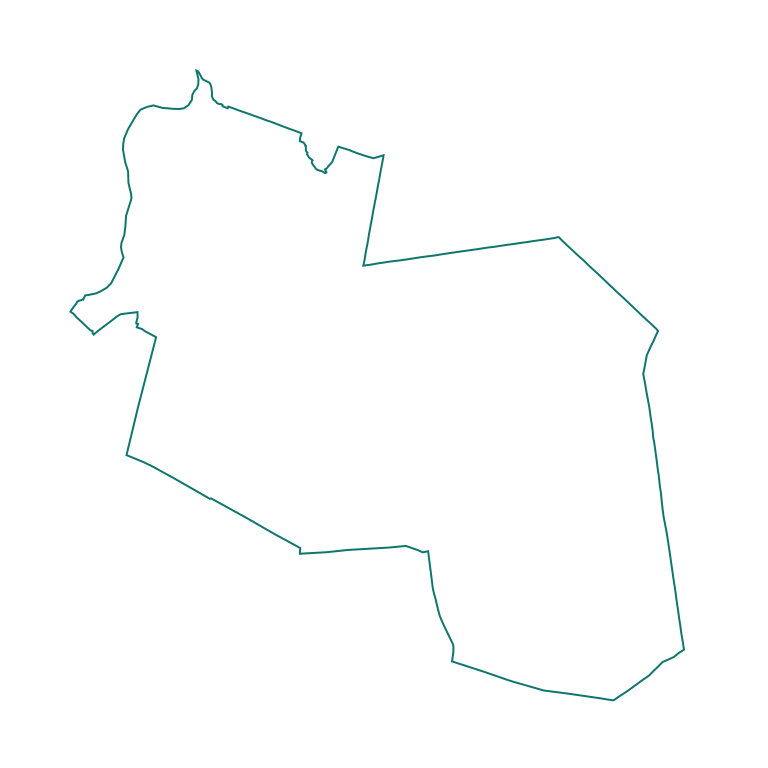 outline of Nadlac, Arad, Romania, rotated 94°
{"feature_id": "2599482B59122351602486", "entity_name": "Nadlac", "entity_type": "district", "adm_level": 2, "iso_a3": "ROU", "parent_name": "Romania", "parent_adm1": "Arad", "projection": "equal_earth", "projection_center": [20.774, 46.211], "detail": "fine", "context": "isolated", "style": "outline", "palette": "teal", "viewbox_px": 768, "rotation_deg": 94, "n_neighbors": 0, "source": "geoboundaries", "source_scale": "gbopen_adm2", "svg_char_len": 4298}
<svg xmlns="http://www.w3.org/2000/svg" viewBox="0 0 768 768"><g transform="rotate(94 384 384)"><path d="M316.4,688.1L318.7,689.2L320.4,689.8L320.2,690.0L321.3,691.4L322.0,693.4L322.2,694.1L323.3,695.9L325.3,696.5L327.7,698.3L331.4,700.6L333.8,701.8L334.6,700.4L335.3,699.0L337.8,696.5L339.0,695.3L343.9,689.1L350.7,680.9L351.6,678.4L353.8,678.2L355.0,677.1L350.9,672.9L345.8,667.1L340.8,661.3L335.0,654.8L332.7,651.4L332.0,647.9L329.5,635.0L334.3,634.4L339.3,635.3L340.8,635.4L341.3,633.6L344.7,634.6L346.1,629.1L348.1,626.0L348.6,624.7L353.2,614.6L425.2,627.9L472.9,635.9L478.8,618.2L482.0,610.1L492.9,586.5L510.7,549.7L510.2,548.5L527.3,511.6L536.2,493.3L541.4,482.6L553.5,456.1L559.2,456.1L559.1,455.5L555.8,429.5L552.0,408.0L549.0,384.5L546.7,366.9L544.0,351.0L547.3,338.8L549.2,333.8L547.8,328.3L579.1,322.1L583.5,321.3L588.6,319.8L594.7,317.6L598.1,316.6L607.5,313.6L611.2,312.3L614.3,310.8L621.6,306.9L631.2,301.4L639.0,296.9L641.5,296.4L647.0,296.1L656.0,296.8L664.1,264.2L670.9,238.9L671.7,235.7L678.6,203.2L680.0,179.3L682.5,145.5L683.1,139.4L683.4,135.6L683.6,133.2L683.3,132.6L678.7,126.9L674.0,120.6L669.8,115.5L665.8,110.8L660.9,105.0L656.4,99.3L651.2,94.9L646.9,91.0L642.0,86.8L639.0,81.1L636.2,75.9L631.7,71.1L628.1,66.2L627.8,66.3L619.7,68.1L611.6,70.1L603.8,71.7L595.8,73.5L588.1,75.1L580.1,76.9L572.2,78.5L564.1,80.3L556.5,82.0L548.1,83.8L540.3,85.5L532.2,87.2L522.4,89.4L514.4,91.2L505.5,93.5L497.4,95.7L489.7,97.3L481.5,98.8L473.7,100.1L465.5,101.9L457.4,103.3L449.7,105.0L441.6,106.6L433.8,108.2L426.1,109.8L423.1,110.5L418.1,111.8L412.0,112.7L403.9,114.4L399.0,115.6L389.2,117.6L381.4,119.6L373.3,121.7L364.8,123.7L360.5,124.9L356.0,126.1L346.5,124.9L337.2,123.9L331.4,121.8L325.7,119.6L321.6,117.9L316.2,116.0L311.9,114.3L309.4,116.9L305.0,122.3L300.9,127.5L296.8,132.6L292.2,138.1L288.3,142.8L284.2,147.8L280.1,152.8L276.5,157.4L272.2,162.6L269.6,165.8L264.0,172.5L258.8,178.8L254.8,183.9L251.5,188.0L247.0,193.2L243.7,197.6L240.2,202.0L237.9,204.7L233.7,210.0L229.5,215.1L225.3,219.9L225.8,222.2L226.4,223.9L227.6,229.2L229.2,236.3L230.6,243.2L232.4,251.1L233.7,257.4L235.3,264.5L236.7,271.5L238.3,278.5L239.9,285.7L240.3,288.4L241.5,293.8L242.9,299.9L244.3,306.6L245.9,313.9L246.4,316.6L247.4,320.9L248.9,328.1L249.4,330.1L250.5,335.1L252.2,342.1L253.5,349.0L255.0,356.3L256.6,363.3L258.2,370.3L259.7,377.3L261.0,384.5L262.6,391.6L264.0,398.0L264.1,398.5L265.9,405.7L267.4,412.9L263.4,412.3L259.1,411.8L254.8,411.5L251.5,411.1L243.6,410.1L235.6,409.4L227.6,408.5L223.9,408.1L221.8,407.8L219.1,407.5L217.0,407.3L212.0,406.8L207.4,406.2L202.2,405.7L199.9,405.2L199.0,405.2L193.8,404.6L187.9,404.0L179.8,403.0L171.8,402.2L163.8,401.2L159.1,400.7L155.8,400.4L158.0,406.0L159.5,410.4L158.0,417.5L156.0,425.5L153.9,432.6L153.1,434.6L151.9,439.9L150.4,446.1L151.6,446.6L156.8,448.2L162.7,450.1L166.4,451.3L170.8,454.8L173.0,456.2L174.0,457.9L176.7,456.2L177.5,456.8L177.7,457.4L177.0,459.1L176.2,460.3L175.8,462.2L175.4,463.7L175.1,465.4L174.0,466.9L170.3,470.1L168.8,471.2L167.5,471.5L166.2,471.4L165.9,470.9L165.4,471.2L165.0,472.0L164.1,473.6L163.1,474.7L160.1,476.8L158.5,476.5L157.4,477.7L156.3,478.3L153.6,478.4L151.8,478.6L151.8,479.2L150.7,479.4L148.7,481.2L148.2,483.2L147.7,484.8L146.5,484.8L144.6,484.9L140.4,483.9L139.6,483.8L137.2,491.9L135.4,498.4L133.5,504.6L131.6,510.9L130.1,515.8L129.1,519.9L127.3,525.9L126.4,529.1L123.9,538.0L123.3,540.1L121.4,547.3L120.2,551.3L118.1,558.6L119.8,559.1L118.2,564.4L116.8,564.6L116.6,565.0L116.2,565.5L116.2,567.9L115.5,570.1L113.5,571.9L113.3,572.2L112.4,573.9L110.3,575.2L108.6,575.7L104.8,575.9L102.7,576.5L100.6,576.8L99.6,577.1L96.8,578.3L96.0,578.8L95.4,579.6L94.0,583.1L93.0,585.5L91.9,586.8L86.7,590.0L85.8,590.8L85.0,591.6L84.7,592.1L84.6,592.3L84.4,593.0L87.9,591.9L93.0,590.3L98.2,590.2L102.2,591.3L105.2,593.8L108.7,595.3L114.1,595.5L119.6,598.6L122.9,602.9L123.8,606.6L124.2,612.5L124.0,624.3L122.2,633.5L123.9,639.1L125.7,642.9L127.5,646.2L132.2,649.4L147.6,657.1L157.0,660.3L162.7,660.9L168.5,660.7L180.6,657.7L189.8,654.1L200.9,653.0L207.0,651.2L212.1,649.5L216.8,648.9L234.0,653.0L244.9,653.0L253.7,653.5L261.3,655.7L266.0,655.9L270.1,654.9L275.9,652.7L287.5,656.8L295.1,660.0L302.6,663.3L307.1,667.1L311.5,673.4L313.9,678.2L316.0,685.8L316.4,688.1Z" fill="none" stroke="#0f766e" stroke-width="2"/></g></svg>